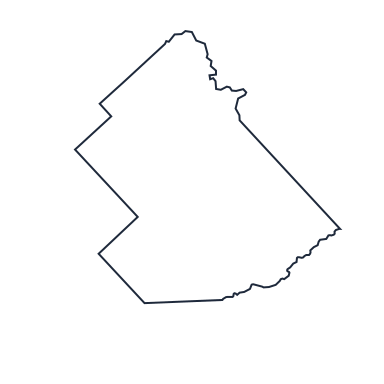 the district of Terrell, Texas, United States of America, rotated 317°
{"feature_id": "52423323B84594382337875", "entity_name": "Terrell", "entity_type": "district", "adm_level": 2, "iso_a3": "USA", "parent_name": "United States of America", "parent_adm1": "Texas", "projection": "natural_earth1", "projection_center": [-101.952, 30.22], "detail": "fine", "context": "isolated", "style": "outline", "palette": "slate", "viewbox_px": 384, "rotation_deg": 317, "n_neighbors": 0, "source": "geoboundaries", "source_scale": "gbopen_adm2", "svg_char_len": 1327}
<svg xmlns="http://www.w3.org/2000/svg" viewBox="0 0 384 384"><g transform="rotate(317 192 192)"><path d="M140.6,291.7L141.9,291.4L145.2,292.1L146.2,292.8L150.1,296.4L151.1,296.4L153.1,294.9L154.0,295.0L154.7,296.1L154.9,298.0L158.2,298.1L162.0,300.7L168.3,302.4L172.3,300.5L172.9,300.6L173.9,301.3L178.8,309.1L179.3,310.6L183.5,314.0L189.9,317.0L195.6,316.9L197.4,316.3L199.1,317.0L200.0,318.6L205.6,319.2L208.2,317.5L208.4,316.9L207.8,314.9L208.3,314.0L209.3,313.6L212.4,314.1L217.2,313.4L220.7,314.5L223.8,311.8L224.8,311.8L225.8,312.7L227.4,315.0L228.8,315.7L230.5,315.5L232.6,316.0L234.6,317.9L236.3,317.7L237.5,317.0L238.7,315.4L243.5,315.4L247.6,316.6L250.8,314.7L253.1,314.3L258.2,317.9L262.2,316.8L263.5,317.7L264.2,318.8L266.5,319.9L267.9,319.8L269.2,318.2L271.2,317.9L274.6,319.4L275.1,319.9L275.7,172.1L279.0,168.2L280.8,160.7L289.5,155.1L297.0,157.1L299.6,156.1L299.6,151.7L293.2,148.2L290.3,145.0L291.0,141.3L289.3,138.7L282.8,136.9L279.9,133.1L284.8,127.0L285.1,123.2L282.2,121.9L284.4,118.6L289.6,122.5L292.3,119.6L291.6,112.6L295.6,109.5L294.5,103.7L297.4,101.9L302.5,92.3L298.4,84.1L301.0,74.9L296.9,69.8L292.1,69.4L286.7,64.9L277.5,66.3L276.1,64.1L273.2,65.3L218.3,65.0L184.7,64.5L184.5,81.6L135.4,81.2L135.3,173.2L81.6,173.5L81.5,240.9L140.6,291.7Z" fill="none" stroke="#1e293b" stroke-width="2"/></g></svg>